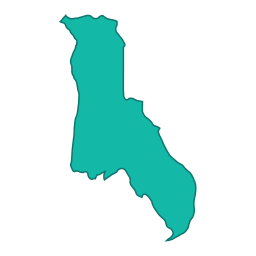 Mpassa, Haut-Ogooué, Gabon (Mercator projection)
{"feature_id": "22940354B37639469829308", "entity_name": "Mpassa", "entity_type": "district", "adm_level": 2, "iso_a3": "GAB", "parent_name": "Gabon", "parent_adm1": "Haut-Ogooué", "projection": "mercator", "projection_center": [13.612, -1.737], "detail": "fine", "context": "isolated", "style": "filled", "palette": "teal", "viewbox_px": 256, "rotation_deg": 0, "n_neighbors": 0, "source": "geoboundaries", "source_scale": "gbopen_adm2", "svg_char_len": 3143}
<svg xmlns="http://www.w3.org/2000/svg" viewBox="0 0 256 256"><path d="M60.2,21.7L61.0,22.2L62.8,22.7L64.1,23.1L65.2,24.1L65.8,25.9L66.6,27.5L67.9,28.8L69.3,29.9L70.2,30.9L70.3,31.9L71.8,33.9L73.5,35.6L74.2,37.2L75.0,38.6L76.1,39.5L76.8,40.5L76.9,42.7L76.6,45.0L75.7,45.8L75.7,46.9L75.1,49.1L74.1,50.9L73.3,52.6L72.4,55.2L71.6,57.2L71.0,58.8L70.6,60.9L70.7,62.9L71.6,65.3L71.9,67.7L71.9,71.1L72.1,73.2L72.6,74.6L73.5,76.0L74.1,78.2L74.8,79.2L75.5,80.1L76.2,81.2L76.9,83.5L77.8,89.3L78.5,91.8L79.0,93.6L79.0,95.7L78.7,102.5L77.9,109.5L77.2,113.9L76.5,116.2L75.5,118.5L75.1,121.0L74.6,124.9L74.3,128.6L74.1,134.0L73.9,136.5L73.4,140.1L72.3,149.4L71.8,157.9L71.5,162.0L70.9,163.7L70.7,165.3L71.4,167.4L72.3,169.5L73.2,171.0L74.4,171.6L75.9,171.0L77.9,171.1L79.4,171.7L80.9,172.3L82.9,172.5L85.4,171.7L86.7,171.9L87.8,173.2L88.0,175.1L88.8,177.2L90.1,178.7L91.9,179.3L93.9,178.5L95.4,178.7L95.7,177.7L96.3,176.1L97.0,175.2L98.2,174.8L99.7,174.4L100.8,173.7L102.2,172.8L105.1,171.5L104.7,172.8L104.0,174.5L103.9,176.2L104.0,178.8L104.5,179.8L107.2,177.9L110.0,176.0L112.0,174.5L114.5,173.3L116.6,172.0L117.7,170.3L118.6,169.4L120.5,168.6L122.7,168.5L124.6,169.4L125.6,170.6L126.7,172.4L128.0,174.7L129.1,176.3L130.1,178.6L130.2,180.6L130.1,182.4L130.7,184.7L132.1,186.5L133.4,188.3L134.6,189.6L135.5,191.4L136.2,193.5L137.1,194.9L138.4,195.8L141.9,197.3L142.9,194.7L144.6,193.9L147.1,195.3L148.9,197.2L151.7,201.1L152.4,204.1L154.2,207.9L156.1,210.7L158.9,214.7L161.6,217.3L164.3,219.6L165.4,221.4L166.6,225.6L167.4,226.9L169.4,228.1L171.0,228.9L172.7,231.2L173.3,233.4L172.3,235.7L170.0,238.0L167.7,239.5L166.6,240.6L169.3,240.2L172.1,239.3L173.6,238.5L175.6,237.3L177.1,236.5L178.9,235.6L181.0,234.2L182.7,233.5L184.6,232.3L185.9,230.9L188.1,227.8L188.6,225.3L189.5,222.4L190.0,220.9L190.8,219.6L191.9,218.1L192.6,217.2L193.5,215.0L193.9,213.3L194.3,211.2L194.4,209.1L194.0,207.3L193.9,204.4L193.9,201.2L194.4,198.5L195.0,195.8L195.6,191.8L195.8,187.9L195.4,183.9L194.3,180.7L192.9,177.4L191.5,174.8L190.1,172.8L187.9,171.1L185.0,168.3L183.0,165.9L182.1,164.9L179.8,163.7L177.8,162.6L174.7,159.9L172.4,158.0L169.5,155.2L168.1,152.8L166.2,149.5L163.8,144.7L162.2,141.1L160.8,138.0L159.5,135.5L158.2,131.9L158.7,130.1L159.8,128.2L158.1,127.1L155.6,126.1L153.7,125.4L152.5,124.1L151.6,122.3L150.0,120.6L148.6,119.3L147.0,118.0L145.2,116.7L144.0,115.0L142.4,111.7L142.4,105.8L142.5,101.6L141.0,101.3L138.7,101.0L137.1,100.6L135.1,99.8L133.3,98.7L132.0,98.3L130.4,98.3L129.2,98.4L128.3,99.1L127.5,99.7L125.9,99.6L124.7,98.7L123.7,96.5L123.3,89.3L123.4,67.9L123.4,47.6L123.9,46.6L124.8,45.7L124.8,44.3L123.9,42.4L122.3,39.5L121.4,38.2L119.6,36.2L118.1,34.0L116.3,32.1L115.9,30.3L115.6,28.0L116.5,26.3L117.0,24.7L117.0,21.5L115.9,20.8L113.7,20.1L110.4,19.5L108.5,19.1L106.7,18.4L105.3,17.7L103.9,16.5L102.6,15.6L101.1,15.8L99.2,16.9L98.4,17.7L97.6,18.4L95.9,18.6L94.3,18.5L92.2,17.4L91.0,16.2L89.2,15.5L86.9,15.5L84.2,16.2L81.6,17.0L79.6,17.5L77.8,18.2L76.5,18.2L74.4,18.4L72.9,18.7L71.3,18.9L70.1,18.5L68.8,18.0L67.5,17.2L66.4,16.6L65.8,15.4L64.6,16.8L63.5,17.7L62.5,19.3L60.9,21.0L60.2,21.7Z" fill="#14b8a6" stroke="#0f766e" stroke-width="1.5"/></svg>